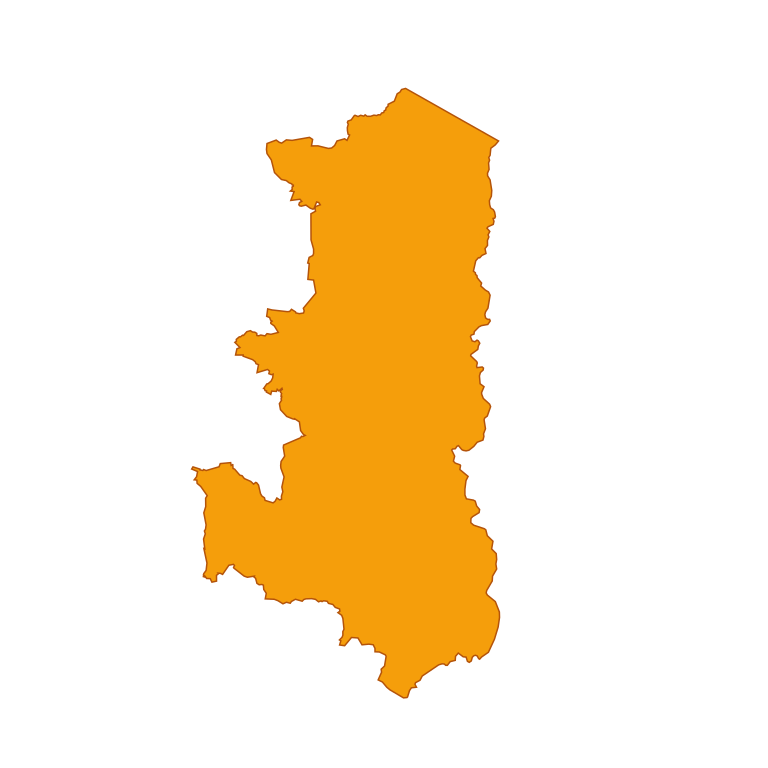 the district of Tecozautla, Hidalgo, Mexico, rotated 114°
{"feature_id": "50627088B66071883870348", "entity_name": "Tecozautla", "entity_type": "district", "adm_level": 2, "iso_a3": "MEX", "parent_name": "Mexico", "parent_adm1": "Hidalgo", "projection": "natural_earth1", "projection_center": [-99.632, 20.54], "detail": "fine", "context": "isolated", "style": "filled", "palette": "amber", "viewbox_px": 768, "rotation_deg": 114, "n_neighbors": 0, "source": "geoboundaries", "source_scale": "gbopen_adm2", "svg_char_len": 6159}
<svg xmlns="http://www.w3.org/2000/svg" viewBox="0 0 768 768"><g transform="rotate(114 384 384)"><path d="M635.0,460.6L632.2,456.8L626.9,459.2L624.4,457.9L624.2,458.4L623.5,456.5L623.6,454.0L612.7,452.0L610.0,448.2L610.6,446.8L612.9,446.8L613.3,446.1L616.4,433.6L616.1,430.2L612.2,424.2L613.3,424.1L613.7,422.3L617.8,419.0L618.2,416.4L616.8,414.0L616.8,412.4L620.6,410.3L623.1,406.4L628.6,405.1L625.3,396.7L625.1,392.7L625.9,386.9L623.1,384.4L622.4,380.5L620.3,380.1L616.7,377.4L615.7,370.4L613.5,369.6L612.0,367.9L609.5,362.8L608.6,359.0L609.6,355.2L607.8,353.3L608.0,352.1L606.6,351.0L605.6,347.5L607.0,345.5L606.2,341.1L607.9,337.7L607.6,333.1L609.5,331.9L611.6,333.1L612.5,328.6L614.9,326.2L624.3,320.8L626.9,320.9L630.2,319.4L632.5,319.3L635.9,320.6L636.1,319.0L640.5,318.4L639.1,313.5L628.8,310.6L626.6,304.5L631.2,298.0L627.8,292.0L626.6,287.8L629.2,284.7L632.3,283.3L630.7,279.2L630.9,272.6L631.9,271.3L641.4,268.8L645.7,270.6L648.3,269.0L656.7,269.0L656.9,264.2L659.9,258.1L661.0,254.2L662.8,238.5L661.1,235.5L660.2,235.2L653.7,236.0L650.4,235.4L647.8,231.0L645.7,233.6L644.0,233.7L640.0,230.6L635.2,230.3L618.3,219.8L616.0,217.1L615.3,215.0L615.9,213.2L615.2,211.7L610.7,210.6L607.5,206.5L603.7,207.9L599.6,206.7L601.0,200.7L600.1,197.9L603.4,195.0L603.6,192.9L601.5,191.6L597.8,192.2L595.8,191.5L594.6,190.1L594.5,188.3L596.4,185.8L596.5,184.7L593.7,183.8L586.6,179.5L572.2,179.3L559.5,180.9L550.3,183.5L545.3,185.9L537.5,193.8L534.8,203.7L533.3,205.7L530.8,206.2L519.9,205.0L515.4,206.7L507.2,205.8L502.9,208.6L498.5,209.7L493.3,212.5L490.9,218.6L483.3,220.5L480.6,227.9L475.8,231.7L475.4,233.4L476.5,244.7L475.4,248.3L471.4,249.9L469.1,249.1L462.8,244.8L459.8,245.6L457.8,249.7L453.9,253.0L453.7,255.1L455.4,262.0L452.5,264.9L447.2,267.3L438.9,269.8L434.2,269.6L431.3,279.9L427.4,280.9L426.9,281.7L427.3,286.7L426.3,289.2L421.2,290.1L416.8,295.3L415.6,295.0L414.1,292.5L411.2,292.0L410.0,290.9L412.3,286.3L412.4,284.6L411.7,281.8L410.0,279.5L404.5,276.6L399.3,275.2L395.0,270.8L391.3,271.4L389.0,272.8L383.6,273.1L376.0,278.0L374.2,278.2L371.3,276.6L361.3,277.4L359.5,279.3L356.8,287.4L353.5,290.7L352.0,291.4L345.8,291.5L344.7,296.3L337.8,300.1L334.3,300.6L330.9,299.1L329.0,299.6L328.5,301.2L331.2,305.7L330.0,306.7L326.9,307.3L325.8,308.4L323.0,316.3L321.6,316.6L314.2,312.4L310.8,313.3L307.8,313.1L306.2,315.4L306.1,316.9L308.4,318.1L308.8,321.0L305.6,324.3L303.8,324.2L301.9,322.1L299.4,322.8L293.2,320.5L291.0,318.7L287.4,313.4L283.2,312.6L282.0,313.8L282.8,315.6L282.3,318.1L279.6,320.1L276.8,320.6L272.4,319.9L259.7,323.2L257.4,326.0L257.0,329.5L255.1,335.5L252.1,335.9L249.0,342.1L247.1,343.2L246.7,344.9L245.2,345.8L244.6,348.2L234.1,350.3L230.2,349.1L229.8,347.9L226.6,346.8L223.3,343.9L219.2,346.8L215.3,345.8L210.8,347.9L207.0,348.0L205.4,349.6L201.6,349.4L199.8,353.3L198.0,352.9L193.7,349.1L190.7,349.7L188.4,351.7L187.4,350.3L185.8,350.3L181.9,352.9L180.3,355.0L179.8,358.2L177.2,360.4L173.7,362.3L168.8,362.3L163.3,364.3L154.4,370.1L151.7,374.0L149.3,375.2L145.2,375.3L139.5,378.4L136.6,378.6L134.5,380.4L131.9,380.1L125.2,382.3L120.3,379.6L115.4,378.2L105.2,484.5L107.8,487.7L110.9,488.2L113.5,490.0L121.4,489.6L126.8,494.0L128.5,493.3L130.8,494.4L133.1,493.9L134.2,494.9L136.1,494.7L137.4,496.4L139.6,496.8L140.4,498.8L141.7,499.8L142.5,502.6L144.8,505.0L146.3,508.2L145.8,510.7L147.5,511.4L148.0,514.6L150.2,516.5L150.3,519.8L150.9,520.3L156.1,521.4L158.5,523.9L160.0,523.8L161.2,522.3L164.7,521.8L167.5,520.4L170.4,518.4L170.5,516.7L176.5,516.9L176.0,519.7L181.1,525.8L186.2,526.1L189.7,527.8L191.4,530.6L193.3,541.2L196.0,547.1L189.6,548.7L189.0,552.4L198.8,567.0L200.7,572.5L205.6,575.5L205.8,578.0L205.0,581.7L211.9,588.7L217.5,586.8L221.1,584.6L225.1,578.1L235.4,570.0L238.9,560.9L237.9,556.0L238.8,552.7L238.7,549.6L239.5,548.8L239.2,547.7L240.2,547.3L241.5,548.1L243.6,547.0L245.8,548.0L244.8,544.4L254.2,543.8L249.4,535.9L250.6,533.4L252.6,535.0L254.9,534.7L255.5,533.6L255.2,531.9L252.3,528.1L253.4,522.7L253.2,520.0L252.4,519.3L245.1,519.6L244.8,517.4L246.2,515.1L249.8,518.7L251.9,518.3L254.0,516.8L258.2,520.0L282.0,509.3L289.4,503.2L293.5,501.4L295.6,501.3L298.8,503.9L304.5,502.9L304.4,501.3L319.4,496.1L317.7,490.6L328.6,483.2L347.6,488.5L349.7,486.6L351.9,486.4L354.2,490.0L354.9,493.5L354.1,494.1L353.4,498.9L356.1,499.7L357.2,501.6L361.9,516.4L362.7,520.8L369.9,518.7L369.8,515.5L371.8,513.6L372.1,511.8L373.6,512.6L374.7,512.0L375.6,507.8L379.9,501.5L384.6,507.5L385.6,511.4L388.4,512.2L389.4,516.5L391.0,518.2L391.4,519.9L389.5,520.8L389.2,523.1L390.0,525.2L389.6,527.7L392.0,530.6L396.8,532.1L397.0,533.1L399.2,534.2L399.8,535.4L403.3,537.1L405.1,536.2L406.6,537.2L409.3,530.4L411.7,532.7L417.9,531.4L414.8,524.4L415.9,524.0L415.2,514.0L416.0,510.7L417.5,509.2L417.4,506.5L425.3,504.6L418.1,496.3L418.7,493.9L421.4,493.4L421.3,490.7L420.1,489.3L423.7,488.2L427.2,488.3L430.8,490.0L431.6,491.1L436.9,492.1L436.7,491.6L438.4,490.0L438.1,488.5L439.2,488.2L439.6,483.2L436.2,483.7L434.5,479.2L432.3,479.4L433.1,477.2L429.4,475.5L430.3,474.7L431.8,475.7L433.4,475.4L434.4,473.6L436.1,473.5L436.7,472.5L437.4,472.9L438.2,471.9L439.5,472.0L440.5,471.0L444.5,471.6L449.6,468.1L453.2,459.7L453.0,453.4L452.6,451.5L452.1,451.5L453.0,445.9L460.5,441.2L462.9,437.0L463.0,435.1L465.0,436.7L465.3,438.1L467.1,438.4L480.6,450.9L483.0,450.2L490.3,445.4L496.6,446.5L500.4,445.3L502.8,444.0L509.5,437.5L519.7,435.4L523.6,432.6L528.2,432.1L531.0,430.7L532.3,432.2L531.7,435.5L535.5,435.8L537.7,437.0L538.7,445.3L536.6,446.9L536.0,450.0L534.4,452.2L527.4,457.5L526.0,460.2L526.1,461.2L528.5,462.4L527.2,466.1L527.2,473.1L525.5,476.3L525.9,478.7L522.5,485.9L522.6,487.5L519.4,489.3L518.7,489.0L520.6,490.5L518.2,492.1L523.3,501.2L526.7,501.0L535.4,511.3L535.5,514.0L536.7,514.3L537.3,517.3L536.6,517.5L537.4,524.8L539.9,525.1L539.8,518.7L544.9,517.5L548.7,518.4L547.9,515.9L550.8,514.3L552.1,509.8L557.9,500.1L560.9,500.5L568.5,497.0L575.0,496.2L585.1,489.2L589.3,488.0L591.3,488.3L593.6,486.3L599.0,485.8L607.6,480.6L607.6,481.6L619.6,472.9L626.6,470.7L630.4,471.5L632.0,471.3L632.2,470.4L633.4,470.6L633.2,468.8L632.7,468.9L633.8,466.9L632.5,463.6L635.0,460.6Z" fill="#f59e0b" stroke="#b45309" stroke-width="1.5"/></g></svg>